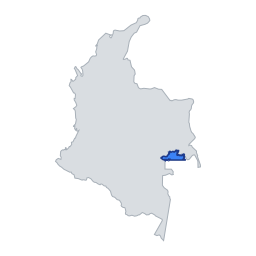 Paná-paná (Campo Alegre), Guainía, Colombia (highlighted)
{"feature_id": "7082276B62655490891692", "entity_name": "Paná-paná (Campo Alegre)", "entity_type": "district", "adm_level": 2, "iso_a3": "COL", "parent_name": "Colombia", "parent_adm1": "Guainía", "projection": "robinson", "projection_center": [-69.293, 2.063], "detail": "fine", "context": "in_parent", "style": "filled", "palette": "blue", "viewbox_px": 256, "rotation_deg": 0, "n_neighbors": 0, "source": "geoboundaries", "source_scale": "gbopen_adm2", "svg_char_len": 7123}
<svg xmlns="http://www.w3.org/2000/svg" viewBox="0 0 256 256"><path d="M147.6,23.1L145.0,24.3L140.0,25.7L136.6,32.1L134.2,33.2L131.3,36.9L129.2,41.6L127.5,51.1L123.2,59.1L123.6,59.5L125.3,59.1L126.9,58.2L127.5,58.5L128.0,59.9L130.0,60.3L131.5,66.8L134.5,70.1L134.8,71.4L135.2,74.1L134.1,75.7L133.8,81.7L134.7,83.2L137.0,83.8L138.4,87.5L139.3,88.3L140.7,88.9L143.9,88.3L149.8,89.0L151.2,88.9L154.5,87.6L158.6,89.2L161.7,89.4L170.1,100.6L170.9,100.3L171.9,100.9L174.1,99.8L175.9,99.6L178.3,100.2L181.4,100.2L187.8,99.0L188.7,98.4L192.2,99.0L193.2,99.9L193.7,102.0L193.3,103.2L192.1,104.6L191.5,106.2L191.3,108.3L190.7,109.8L189.6,110.7L189.1,112.2L189.4,114.0L188.8,122.5L189.3,123.2L189.7,126.6L191.1,131.2L191.8,132.5L193.0,133.5L195.3,137.2L194.8,138.5L189.0,144.3L188.8,145.6L189.9,145.1L191.6,145.6L192.2,147.0L196.5,151.1L196.4,152.6L197.7,155.7L197.4,156.4L200.4,165.0L200.5,166.9L198.0,167.4L197.9,161.6L197.6,160.4L194.8,155.2L194.2,154.8L192.4,155.4L189.3,159.2L187.8,159.8L186.7,159.2L185.5,157.0L184.8,156.5L184.0,158.4L185.0,160.1L171.3,160.1L168.7,159.4L165.0,160.3L165.0,169.1L171.4,169.2L173.2,171.7L173.0,173.8L173.3,174.5L171.8,174.9L169.5,173.5L165.5,175.2L162.6,175.6L162.4,185.3L164.1,187.7L167.6,190.3L168.1,192.0L167.8,193.7L168.7,195.8L169.8,196.9L169.8,198.1L170.4,199.5L163.6,240.6L161.2,238.1L160.4,235.9L159.2,234.9L156.9,235.6L154.4,234.5L162.3,220.6L162.1,219.3L155.5,215.9L154.8,215.0L151.7,213.2L149.9,213.7L148.9,214.7L146.5,214.9L144.6,213.5L142.3,212.5L139.5,214.8L138.7,214.8L136.7,215.8L134.6,216.2L131.9,215.2L129.7,215.9L128.1,215.7L127.5,215.0L125.6,214.2L125.4,213.2L125.9,211.5L125.1,208.1L124.7,207.6L123.2,207.5L121.5,206.3L121.1,205.5L121.5,204.2L121.2,203.0L119.5,200.3L117.1,199.6L114.8,197.3L112.5,196.5L111.5,194.9L110.5,191.2L108.1,188.4L106.4,187.4L105.9,186.1L104.2,185.9L101.9,184.1L100.8,184.0L100.1,184.8L98.0,183.9L96.1,182.5L94.2,182.2L93.0,181.3L90.8,178.7L88.4,177.5L86.9,177.9L86.5,179.9L85.7,180.2L82.9,179.7L82.4,180.1L81.7,180.0L78.3,178.6L74.9,178.1L74.1,174.8L71.9,173.6L71.3,172.1L69.8,172.2L64.0,169.3L61.6,167.2L59.6,166.0L57.5,163.7L57.1,162.8L55.5,161.4L56.3,159.7L58.3,158.4L60.9,159.4L61.2,157.4L60.3,155.6L60.7,151.5L61.4,150.6L62.8,149.8L63.7,150.1L64.2,149.5L66.3,149.8L67.0,149.5L68.6,147.9L69.3,146.5L70.0,146.7L71.7,144.5L71.4,142.3L73.0,141.8L74.7,138.2L75.5,138.1L75.9,136.4L78.8,130.5L77.7,131.2L76.6,130.8L76.8,128.8L76.4,128.5L75.5,130.1L74.6,128.5L74.9,126.0L73.5,126.5L73.6,125.9L75.5,123.9L76.3,119.6L75.7,118.0L75.3,111.4L75.0,110.2L73.4,108.6L75.9,106.7L76.8,105.3L75.7,102.4L74.2,99.9L74.2,98.4L75.1,98.6L75.5,94.5L74.6,93.0L73.6,92.9L70.3,86.9L69.2,85.7L70.0,82.8L71.1,81.5L70.9,79.3L71.5,79.4L72.9,81.4L73.5,81.1L75.7,79.2L75.8,77.5L77.6,75.6L75.1,69.5L74.3,68.5L75.3,66.6L75.9,66.7L76.9,68.6L78.4,69.9L80.7,73.3L81.7,74.0L81.0,74.8L80.8,75.6L81.2,76.1L82.5,76.2L83.0,75.2L82.7,71.1L82.1,69.0L80.9,67.5L81.3,66.9L83.7,65.9L88.6,61.9L90.3,58.2L91.6,56.8L93.0,55.9L94.8,56.1L96.2,55.7L96.6,54.5L95.7,51.9L96.8,48.3L96.8,46.5L97.4,45.5L97.2,45.0L95.4,46.3L97.3,43.8L98.6,40.0L105.8,33.2L110.4,34.9L111.9,34.8L109.9,35.6L109.6,36.6L110.3,37.6L111.0,37.9L111.6,37.2L113.2,33.3L113.4,31.1L114.1,30.4L115.1,30.1L119.6,31.0L123.9,30.7L131.0,25.1L136.3,22.7L137.6,20.4L137.9,18.7L138.9,18.0L139.9,18.0L140.5,17.0L142.9,15.5L145.6,15.4L148.3,16.7L149.6,19.0L149.8,20.6L147.6,23.1ZM66.4,149.0L66.1,149.3L65.5,148.8L65.3,148.1L65.6,147.6L66.1,147.8L66.4,149.0Z" fill="#d9dde1" stroke="#a8b0b8" stroke-width="1"/><path d="M165.0,160.3L165.1,160.2L165.2,160.3L165.3,160.2L165.3,160.4L165.4,160.5L165.5,160.5L165.6,160.4L165.8,160.4L165.8,160.5L165.8,160.4L166.0,160.3L166.1,160.2L166.3,160.0L166.5,160.0L166.5,159.9L166.6,160.0L166.7,159.9L166.9,160.0L167.1,160.0L167.3,160.2L167.5,160.1L167.7,159.9L167.8,160.0L167.8,159.9L168.0,159.8L167.9,159.8L168.0,159.8L168.1,159.7L168.3,159.6L168.5,159.5L168.4,159.5L168.5,159.4L168.5,159.5L168.5,159.4L168.8,159.4L168.8,159.5L169.0,159.5L169.0,159.4L169.1,159.6L169.3,159.6L169.4,159.8L169.5,159.8L169.6,159.6L169.6,159.8L169.7,159.7L169.7,159.8L169.8,159.8L169.9,159.7L170.0,159.9L170.3,159.9L170.3,160.0L170.5,160.0L185.1,160.0L185.1,159.8L185.0,160.0L184.9,160.0L184.8,159.9L184.8,159.6L185.0,159.5L184.8,159.3L184.6,159.3L184.4,159.4L184.2,159.5L184.2,159.2L184.4,158.7L184.3,158.8L184.1,158.7L183.8,158.8L183.8,158.6L183.7,158.6L183.8,158.5L183.7,158.4L183.8,158.3L183.9,158.2L184.1,158.0L184.2,157.5L184.1,157.4L184.3,157.3L184.3,157.1L184.5,156.8L184.2,156.5L184.1,156.3L184.0,156.1L184.0,155.8L184.2,155.6L184.3,155.2L184.4,154.9L184.3,154.7L184.2,154.3L184.1,154.2L183.8,154.0L183.7,153.9L183.4,154.0L183.4,153.9L183.4,154.1L183.4,154.3L183.3,154.7L183.2,154.7L183.2,154.8L183.1,155.0L182.9,155.3L182.8,155.2L182.7,155.2L182.7,155.3L182.6,155.2L182.5,155.3L182.4,155.2L182.4,155.3L182.4,155.2L182.2,155.0L182.0,155.3L181.9,155.3L181.9,155.2L181.8,155.3L181.7,155.3L181.2,155.3L180.9,155.4L180.9,155.5L180.7,155.4L180.7,155.5L180.5,155.4L180.3,155.5L180.0,155.3L179.9,155.4L179.7,155.3L179.7,155.2L179.5,155.3L179.4,155.2L179.3,155.3L179.2,155.1L178.8,155.1L178.8,154.9L178.6,154.7L178.4,154.8L178.3,154.7L178.3,154.8L178.1,154.8L177.9,154.7L177.9,154.8L177.7,154.8L177.7,155.0L177.4,155.2L177.4,155.3L177.2,155.3L176.9,154.6L177.0,154.2L177.0,153.9L177.1,153.6L177.2,152.8L177.4,152.8L177.5,152.7L177.5,152.8L177.6,152.7L178.0,152.3L178.0,152.1L178.3,151.8L178.2,151.3L178.4,151.0L178.5,150.9L178.4,150.8L178.5,150.8L178.5,150.6L178.4,150.6L178.3,150.8L178.0,150.9L177.8,150.5L177.6,150.7L177.3,151.0L177.2,150.8L177.0,150.7L176.9,150.8L176.8,150.7L176.7,150.8L176.6,150.7L176.6,150.8L176.4,150.9L176.2,150.9L176.1,150.7L176.0,150.8L175.9,150.7L175.8,150.9L175.6,150.9L175.6,151.1L175.4,151.0L175.2,151.2L175.1,151.3L175.0,151.5L174.8,151.5L174.7,151.7L174.5,151.8L174.4,152.0L174.0,151.9L173.9,151.8L173.8,151.7L173.7,151.8L173.6,151.7L173.4,151.7L173.2,151.7L172.9,151.5L172.8,151.4L172.7,151.4L172.5,151.6L172.4,151.6L172.2,151.7L171.9,151.8L171.7,151.9L171.6,152.0L171.4,152.0L171.2,152.2L171.0,152.3L170.9,152.2L170.7,152.1L170.5,151.9L170.5,151.7L170.5,151.8L170.3,151.8L170.3,151.7L170.2,151.7L170.3,151.7L170.2,151.7L169.9,151.7L169.8,151.8L169.7,151.8L169.5,152.0L169.5,151.9L169.4,152.0L169.4,151.9L169.3,152.0L169.2,152.2L169.3,152.5L169.2,152.5L169.3,152.6L169.2,152.8L169.2,153.0L169.1,152.9L169.1,153.0L169.1,153.4L168.9,153.5L168.8,153.9L168.7,153.9L168.7,154.0L168.4,154.4L168.3,154.6L168.2,154.6L168.0,155.0L167.8,155.2L167.5,155.5L167.4,155.5L167.2,155.9L167.3,156.1L167.2,156.2L167.0,156.5L166.8,156.5L166.6,156.6L166.4,156.6L166.2,156.7L165.9,156.7L165.7,156.7L165.4,156.7L165.2,156.5L164.2,156.4L164.0,156.2L163.3,156.3L162.7,156.5L162.3,157.3L162.2,157.4L161.9,157.4L161.8,157.5L161.6,157.3L161.4,157.3L161.1,157.6L161.1,157.9L161.1,158.1L161.4,158.1L161.7,158.6L161.9,158.6L162.0,158.7L162.1,158.9L162.3,159.1L162.6,159.4L162.9,159.5L163.2,159.6L163.3,159.7L163.5,159.8L164.1,159.7L164.2,159.8L164.3,159.8L164.5,159.9L164.6,160.0L164.8,160.1L164.7,160.1L164.8,160.2L164.9,160.3L164.9,160.2L165.0,160.3L165.0,160.3Z" fill="#3b82f6" stroke="#1e3a8a" stroke-width="1.5"/></svg>